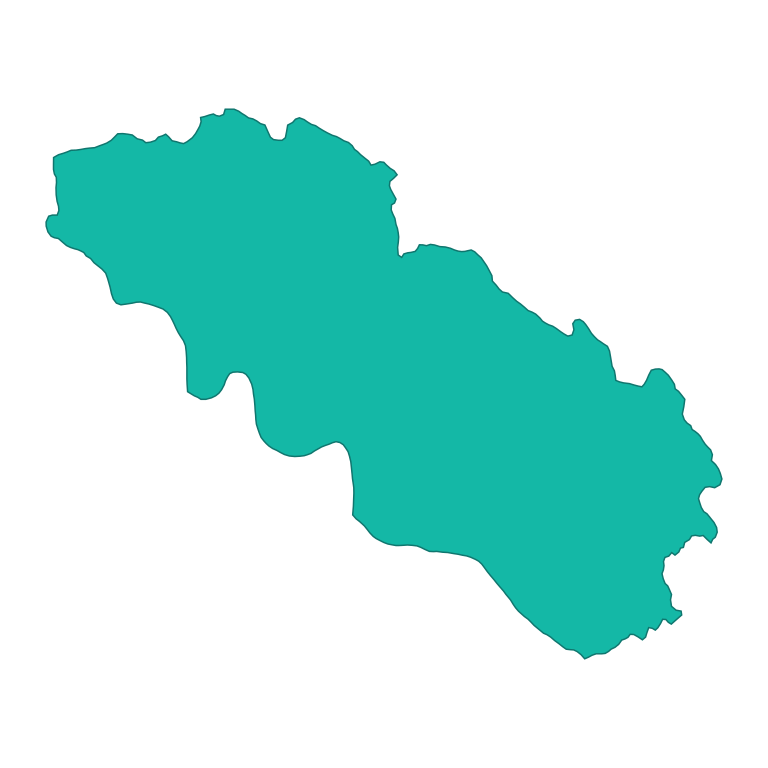 outline of Delfinópolis, Minas Gerais, Brazil
{"feature_id": "56859067B55529001249038", "entity_name": "Delfinópolis", "entity_type": "district", "adm_level": 2, "iso_a3": "BRA", "parent_name": "Brazil", "parent_adm1": "Minas Gerais", "projection": "equal_earth", "projection_center": [-46.771, -20.369], "detail": "fine", "context": "isolated", "style": "filled", "palette": "teal", "viewbox_px": 768, "rotation_deg": 0, "n_neighbors": 0, "source": "geoboundaries", "source_scale": "gbopen_adm2", "svg_char_len": 5983}
<svg xmlns="http://www.w3.org/2000/svg" viewBox="0 0 768 768"><path d="M352.7,514.9L356.1,518.8L359.7,521.6L364.4,525.9L367.2,529.4L369.9,532.9L373.2,536.4L376.1,538.5L379.7,540.4L383.9,542.5L387.9,544.0L392.0,544.8L395.9,545.5L399.0,545.5L402.9,545.3L407.4,545.0L412.1,545.3L417.0,545.9L420.9,547.4L424.9,549.4L429.4,551.4L433.6,551.6L436.6,551.4L439.6,551.8L442.6,552.2L447.7,552.5L453.8,553.6L457.9,554.2L462.4,555.2L466.6,555.9L470.6,557.2L475.5,559.4L478.7,561.2L481.8,564.1L484.7,568.0L487.3,571.6L490.5,575.6L493.6,579.2L496.7,583.1L500.1,587.1L503.5,591.0L505.8,594.2L508.3,597.2L510.6,600.0L513.2,604.3L515.6,607.8L518.6,611.3L521.3,613.7L524.4,616.5L528.0,619.1L531.1,622.2L534.1,625.4L537.0,627.8L540.4,630.6L543.5,633.2L547.0,634.7L550.7,637.1L554.7,640.6L559.1,643.8L562.7,646.7L566.2,649.2L570.6,649.7L573.7,649.9L577.2,651.6L581.1,654.7L584.7,658.8L588.6,657.1L591.9,655.3L596.1,653.8L601.6,653.8L605.2,653.4L608.6,651.4L611.2,649.1L615.0,647.3L618.8,644.2L621.7,640.1L625.3,638.8L628.0,637.3L630.2,634.3L633.8,634.5L638.1,636.9L642.4,639.8L645.6,637.1L646.8,633.0L648.7,627.6L652.3,628.3L655.3,630.1L657.8,627.8L660.5,623.6L662.6,619.3L665.9,619.5L668.3,622.3L671.3,624.1L674.7,621.1L678.7,617.6L681.7,615.0L681.1,611.1L676.1,610.2L671.5,606.3L670.5,599.8L671.5,594.5L669.4,589.6L667.7,585.9L665.1,583.5L663.2,578.7L662.0,573.7L663.4,569.8L664.0,565.7L663.5,561.5L664.9,557.4L668.8,556.1L671.7,552.6L675.0,555.1L678.8,552.0L680.5,548.1L683.4,547.4L684.7,542.4L689.4,539.6L691.6,535.9L695.3,535.3L699.7,536.1L703.2,535.5L707.3,539.6L711.0,542.9L712.7,539.3L715.3,537.2L717.2,532.2L716.6,527.5L714.0,522.5L710.7,518.4L707.0,513.8L703.7,511.6L701.3,507.5L699.7,502.7L698.5,498.6L699.6,494.7L701.7,491.5L705.1,487.3L709.6,486.6L714.7,487.7L720.0,484.7L721.9,479.0L720.3,473.4L718.5,469.0L715.5,464.5L711.4,460.6L712.4,454.7L710.6,449.9L707.6,446.9L705.1,444.1L702.5,440.2L700.3,436.3L698.0,433.8L695.0,431.4L692.1,429.5L690.7,425.6L687.2,423.2L684.3,419.8L682.3,414.1L683.8,406.7L684.8,399.3L681.8,395.4L678.5,391.3L675.2,388.9L674.4,384.3L671.7,380.0L668.3,375.2L665.1,372.2L662.1,369.6L659.1,368.9L655.3,369.1L651.3,370.2L648.8,375.0L646.6,380.2L644.2,384.3L641.9,386.8L638.2,386.1L634.0,385.0L629.4,383.6L623.6,382.9L619.5,381.9L615.8,380.4L615.2,375.4L614.4,370.8L612.1,366.3L610.5,356.7L609.5,351.0L607.4,346.3L603.3,343.7L600.5,341.7L597.5,339.8L594.3,336.6L591.4,333.3L588.6,328.7L585.7,324.5L583.3,321.7L579.6,319.4L575.2,320.2L572.8,323.7L573.9,329.8L572.1,335.0L567.8,336.1L563.9,333.9L560.5,331.6L556.3,328.5L552.7,326.2L548.7,324.8L545.3,323.0L542.4,321.1L540.0,318.1L535.7,314.1L532.2,312.2L528.0,310.5L524.6,307.4L520.4,303.9L516.7,301.3L512.6,297.6L508.2,293.3L502.4,292.0L499.0,288.9L496.1,285.1L492.4,281.1L491.9,275.7L489.3,270.7L486.6,265.7L483.8,261.6L481.2,257.8L478.0,255.0L474.7,251.8L471.2,250.0L467.9,250.7L464.9,251.4L461.6,251.6L458.1,251.1L454.5,250.0L450.5,248.3L445.4,247.0L439.8,246.6L434.6,245.0L430.4,244.4L426.5,245.7L422.9,244.9L419.4,244.8L417.6,248.5L415.2,251.4L411.0,252.4L407.7,252.8L403.9,253.9L401.7,257.4L398.2,255.0L397.6,247.4L398.3,242.2L398.7,237.0L398.2,232.7L397.4,228.4L396.0,224.5L394.9,218.4L392.8,214.0L391.2,209.9L391.5,204.8L394.5,203.0L396.0,199.1L393.3,194.2L390.7,189.4L389.4,185.8L389.9,181.4L393.8,178.1L397.1,174.8L394.1,170.8L390.1,168.3L386.2,164.8L383.8,162.3L379.9,161.8L375.0,164.2L371.0,165.1L368.7,161.2L364.9,158.2L360.5,154.6L357.5,151.6L354.5,149.4L352.2,145.7L348.5,142.5L343.9,140.8L340.1,138.5L336.5,136.6L332.3,135.3L327.2,132.8L323.4,130.7L319.1,128.1L315.6,125.7L311.4,124.4L307.5,122.0L304.1,119.6L299.4,117.8L295.5,119.2L292.6,122.5L287.7,125.1L286.6,131.6L285.4,137.7L282.1,140.3L278.5,140.3L273.5,139.6L270.4,137.2L268.0,132.0L264.9,125.0L260.4,123.6L256.8,121.0L252.9,118.9L248.5,117.9L245.2,115.5L241.9,113.5L238.7,111.2L234.1,109.2L229.5,109.2L225.2,109.2L223.6,114.5L219.4,116.2L216.3,115.6L213.4,114.0L209.4,115.0L204.6,116.6L200.6,117.5L201.1,121.7L199.8,126.0L198.1,129.2L195.6,133.6L192.4,137.7L189.8,139.7L187.0,141.8L183.6,143.6L180.1,142.9L176.7,141.8L172.1,140.8L168.6,136.8L165.7,134.2L162.5,135.8L158.4,137.1L155.4,140.5L150.3,142.2L145.8,142.7L142.5,140.1L137.2,138.8L132.3,135.0L127.8,134.2L122.7,133.6L117.7,133.8L114.8,136.8L111.3,140.3L106.7,143.1L103.4,144.4L99.5,145.8L94.6,147.7L89.6,148.1L85.4,148.6L81.1,149.4L76.3,150.1L71.1,150.3L67.5,151.8L63.6,153.2L58.6,154.7L53.6,157.5L53.5,164.8L53.5,169.4L54.4,174.0L56.3,177.3L56.5,182.6L56.0,187.7L56.2,194.9L57.1,201.3L58.5,206.2L58.9,210.5L57.2,215.1L52.3,215.1L48.7,216.2L46.1,222.0L46.2,226.2L48.0,232.0L51.1,236.2L54.3,237.7L58.4,238.5L62.4,242.0L66.5,245.5L70.4,247.4L74.6,248.8L77.8,249.6L80.7,250.9L83.8,252.5L86.2,255.9L90.6,258.5L94.0,262.7L97.5,265.5L101.9,269.0L105.7,273.1L107.5,278.1L108.6,281.8L110.1,287.2L111.5,293.7L113.3,299.0L116.4,303.1L120.9,304.8L126.6,304.0L132.4,303.1L136.5,302.2L140.5,302.0L144.3,303.0L148.8,304.0L153.6,305.5L158.3,307.2L163.0,309.0L167.4,312.4L170.5,316.6L172.4,320.2L174.3,324.2L176.1,328.3L178.3,332.6L180.7,336.5L183.5,340.7L185.5,345.7L186.2,351.7L186.6,357.6L186.7,362.8L186.9,367.2L186.9,373.6L186.9,378.9L187.1,384.3L187.6,391.7L191.2,393.9L194.3,395.8L197.8,397.3L200.9,399.3L205.9,399.3L211.5,397.8L215.6,395.8L218.9,393.2L221.6,389.7L224.2,384.8L225.5,380.8L227.6,376.7L229.7,373.6L232.9,372.2L237.5,371.9L242.8,372.5L246.0,374.3L248.9,378.0L251.7,384.1L253.0,389.4L253.5,394.1L254.3,398.9L254.9,405.6L255.2,410.8L255.6,414.9L255.9,419.8L256.4,424.1L257.9,428.9L259.4,433.2L261.1,437.4L263.9,441.0L266.2,443.5L268.9,446.0L272.6,448.5L276.8,450.4L280.5,452.5L284.4,454.5L289.4,456.0L294.8,456.5L300.0,456.2L304.2,455.7L307.4,454.7L310.9,453.4L314.7,450.8L318.1,448.9L321.6,446.9L325.7,445.3L329.0,444.2L332.5,442.7L336.0,441.7L339.9,442.5L343.3,444.7L345.7,448.0L348.1,451.7L349.5,456.2L350.8,461.7L351.5,468.2L352.1,474.0L352.5,478.6L353.1,482.6L353.8,487.7L353.9,493.1L353.7,498.0L353.4,506.2L352.7,514.9Z" fill="#14b8a6" stroke="#0f766e" stroke-width="1.5"/></svg>